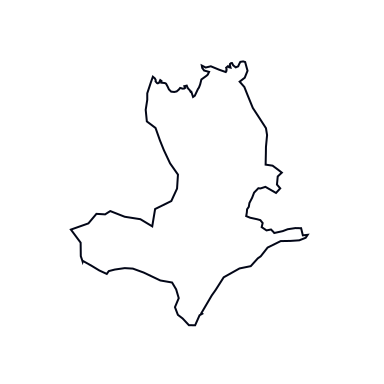 Mesana, Paphos, Cyprus, rotated 47°
{"feature_id": "46923920B68327504416680", "entity_name": "Mesana", "entity_type": "district", "adm_level": 2, "iso_a3": "CYP", "parent_name": "Cyprus", "parent_adm1": "Paphos", "projection": "natural_earth1", "projection_center": [32.707, 34.845], "detail": "fine", "context": "isolated", "style": "outline", "palette": "ink", "viewbox_px": 384, "rotation_deg": 47, "n_neighbors": 0, "source": "geoboundaries", "source_scale": "gbopen_adm2", "svg_char_len": 2129}
<svg xmlns="http://www.w3.org/2000/svg" viewBox="0 0 384 384"><g transform="rotate(47 192 192)"><path d="M81.0,142.0L83.7,147.2L89.3,157.4L94.1,161.9L100.3,169.8L109.6,176.9L120.3,175.0L132.5,180.3L142.1,184.0L156.1,188.5L169.7,190.4L179.3,200.6L184.5,213.3L179.3,230.6L190.0,244.5L176.7,248.3L164.2,258.1L150.2,264.8L149.1,270.8L142.8,276.8L144.3,289.2L136.9,306.2L153.1,308.0L163.1,317.1L167.8,319.2L168.4,319.5L168.0,318.8L177.7,315.7L186.2,313.3L193.8,310.2L193.1,306.8L196.1,301.3L201.8,293.1L207.7,287.5L217.9,282.3L235.1,275.5L244.6,268.3L252.4,270.0L260.6,274.1L264.6,283.0L272.2,286.1L278.1,285.1L287.3,285.1L291.6,280.6L287.3,270.5L288.0,267.6L287.0,267.8L281.1,248.0L279.8,241.7L276.0,227.0L280.3,209.4L286.3,199.6L285.4,189.1L285.9,185.6L284.2,174.6L288.4,160.6L294.8,153.5L300.5,146.5L303.0,140.1L302.2,136.6L299.3,140.5L292.9,136.9L288.9,141.0L284.5,147.4L282.5,152.3L278.1,159.8L276.9,159.7L273.3,159.8L270.9,163.7L265.2,165.0L262.9,161.5L259.2,161.2L256.4,162.9L250.5,167.0L246.6,168.8L244.4,165.9L242.2,163.5L241.6,160.6L239.2,157.5L237.2,151.9L234.8,147.0L234.5,140.9L236.1,139.5L238.3,134.8L250.0,131.2L249.5,125.0L244.5,124.8L239.1,118.7L239.1,113.1L234.8,113.8L227.7,115.1L222.2,119.5L214.2,111.7L209.5,107.2L201.6,98.3L195.8,94.4L183.0,92.1L172.0,90.2L159.1,85.3L150.9,82.1L143.8,81.9L144.4,75.5L141.2,68.7L133.2,64.5L131.4,65.5L129.8,67.9L130.7,70.5L131.6,72.5L130.7,75.0L127.4,75.5L125.0,74.8L124.4,75.5L124.3,76.9L125.0,77.7L127.3,79.0L125.9,79.9L124.5,79.9L124.4,82.3L125.8,82.9L126.2,83.8L126.9,84.1L127.3,85.5L121.2,88.7L112.9,92.5L110.3,97.1L106.2,98.6L108.2,99.9L111.4,100.3L115.8,97.6L116.9,100.4L116.9,102.0L116.1,108.4L118.9,112.7L120.4,115.8L120.7,117.3L123.5,124.3L123.2,126.4L118.2,124.1L117.9,124.7L115.8,124.2L114.4,124.3L112.7,124.1L110.6,123.3L109.4,125.4L111.2,126.0L111.0,127.2L109.8,128.6L108.7,129.1L107.8,129.7L108.1,131.7L108.0,134.6L106.8,136.7L104.4,138.8L101.2,138.9L98.5,138.0L95.1,137.1L93.9,137.5L93.4,137.9L91.1,139.9L90.0,138.6L88.5,138.9L89.6,141.6L89.2,142.9L88.5,143.3L86.2,143.2L85.4,142.2L83.6,141.7L81.0,142.0Z" fill="none" stroke="#020617" stroke-width="2"/></g></svg>